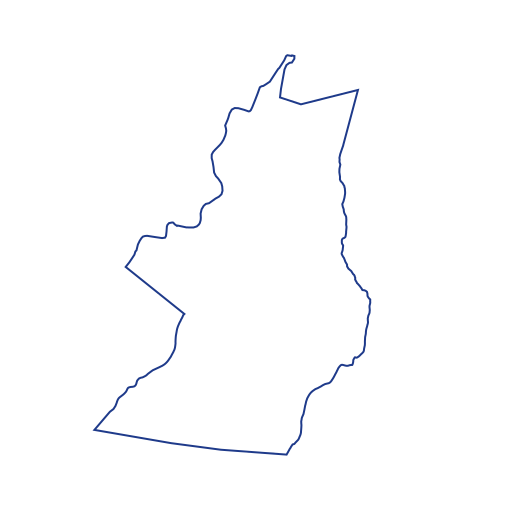 Delcer, Soufrière, Saint Lucia (Equal Earth projection), rotated 12°
{"feature_id": "8701671B85169170830121", "entity_name": "Delcer", "entity_type": "district", "adm_level": 2, "iso_a3": "LCA", "parent_name": "Saint Lucia", "parent_adm1": "Soufrière", "projection": "equal_earth", "projection_center": [-61.057, 13.802], "detail": "fine", "context": "isolated", "style": "outline", "palette": "blue", "viewbox_px": 512, "rotation_deg": 12, "n_neighbors": 0, "source": "geoboundaries", "source_scale": "gbopen_adm2", "svg_char_len": 6140}
<svg xmlns="http://www.w3.org/2000/svg" viewBox="0 0 512 512"><g transform="rotate(12 256 256)"><path d="M252.0,52.4L249.5,52.3L249.2,52.9L244.9,53.1L243.9,54.2L242.9,58.8L239.7,67.2L238.8,68.4L237.2,72.4L233.3,82.6L230.0,86.0L227.8,88.1L226.0,88.9L224.7,90.2L223.8,96.9L222.8,103.2L221.4,111.3L220.6,114.5L219.7,115.7L218.7,116.1L214.1,115.5L208.0,115.1L204.4,115.7L201.9,117.8L200.5,122.0L200.2,126.4L199.9,128.7L198.7,134.8L200.1,137.5L200.9,139.8L201.0,142.5L200.9,144.6L200.0,149.2L198.8,152.5L197.6,154.8L193.7,160.9L192.4,163.2L191.6,166.0L192.3,169.5L193.8,172.4L195.9,177.7L197.7,183.1L200.2,186.2L202.9,188.1L206.9,191.9L208.5,195.0L209.7,199.2L209.4,202.8L207.4,205.7L204.5,208.2L199.1,214.1L196.1,215.5L194.4,217.8L193.1,221.6L193.0,226.0L194.1,230.2L194.4,232.5L194.2,235.4L193.6,237.1L191.9,239.4L188.9,241.1L186.1,241.7L181.9,242.5L173.0,242.5L172.5,243.0L169.9,241.9L168.2,240.6L167.1,240.6L164.1,241.9L162.9,244.0L162.7,245.7L163.4,250.7L163.8,255.1L163.2,257.0L160.4,258.0L154.2,258.4L145.3,258.9L143.3,259.5L141.4,260.5L140.3,262.2L139.1,265.3L138.1,269.3L137.9,275.4L137.1,276.6L136.8,280.0L135.1,284.4L133.4,288.6L130.8,293.8L198.0,327.6L197.1,329.0L196.9,330.2L196.6,331.6L195.9,333.9L195.7,335.1L195.1,337.0L194.8,338.4L194.3,340.9L194.1,342.5L194.0,343.8L194.0,344.7L194.1,347.5L194.2,350.6L194.4,352.3L194.8,355.0L195.1,356.7L195.5,358.4L195.7,360.8L195.8,362.5L195.7,364.3L195.6,364.9L195.3,366.1L195.0,367.5L194.6,368.7L194.0,370.8L193.6,372.3L192.5,374.9L191.8,376.6L190.9,378.3L190.0,379.7L189.0,381.0L187.2,382.8L184.4,385.0L178.8,389.2L177.0,391.2L174.9,393.6L173.5,395.6L172.2,396.8L170.3,398.3L168.5,399.1L167.1,400.1L166.6,400.9L166.0,402.0L165.7,402.6L165.5,404.6L165.5,405.6L165.2,407.1L164.9,407.8L164.1,408.8L162.5,409.6L161.1,410.0L160.3,410.3L159.3,410.8L158.7,411.2L158.3,411.6L157.9,412.5L157.6,413.9L157.1,415.7L155.9,417.8L154.9,419.2L152.0,422.6L151.5,423.3L151.1,424.1L150.7,425.3L150.5,426.4L150.3,427.5L150.3,428.3L149.7,431.9L148.4,435.3L145.5,438.7L134.1,459.7L212.0,456.7L261.9,452.8L327.2,443.9L328.3,440.4L328.7,439.1L329.1,437.7L329.7,436.3L329.9,435.4L330.3,434.4L331.0,432.7L331.8,432.3L332.4,432.0L332.8,431.5L333.4,430.3L335.1,427.6L335.5,426.9L335.8,426.0L335.9,425.5L336.1,424.5L336.2,424.1L336.2,423.6L336.5,422.6L336.6,421.7L336.7,420.8L336.7,419.5L336.5,418.1L336.4,417.3L336.0,414.4L335.7,412.5L335.5,411.6L335.2,410.7L334.7,408.7L334.6,408.2L334.6,406.6L334.5,405.5L334.5,405.0L334.6,404.1L335.1,401.7L335.3,400.7L335.3,400.3L335.3,399.3L335.3,397.9L335.3,396.4L335.2,391.7L335.3,391.2L335.3,389.9L335.3,389.4L335.3,387.9L335.5,386.4L335.6,385.5L335.7,384.6L336.0,383.6L336.7,381.3L337.2,380.0L338.0,378.4L338.5,377.6L339.0,377.0L339.2,376.6L341.7,373.9L342.1,373.6L342.7,373.2L344.0,372.3L344.9,371.5L346.6,370.1L348.1,368.6L349.7,367.3L350.4,366.8L352.9,365.6L353.6,365.3L354.5,364.5L354.7,364.2L355.2,363.5L355.4,363.1L355.8,362.3L356.1,361.4L356.3,361.0L357.1,358.8L357.8,356.4L358.1,355.2L358.4,354.3L358.9,352.5L359.0,352.0L359.2,351.1L359.5,350.2L359.6,349.6L359.8,348.7L360.6,346.9L361.3,345.7L361.5,345.4L361.8,345.1L362.1,344.8L362.9,344.5L363.6,344.5L364.5,344.5L365.6,344.6L367.1,344.6L367.8,344.5L368.5,344.3L368.8,344.2L369.2,344.0L369.9,343.6L370.6,343.2L371.0,343.1L371.4,342.9L371.7,342.8L372.3,342.7L372.7,342.6L372.9,342.3L373.1,340.7L373.1,340.0L373.0,338.6L372.9,338.1L372.8,337.6L373.0,336.7L373.3,335.8L373.6,334.9L373.9,334.5L374.3,334.5L375.1,334.6L375.5,334.5L375.8,334.4L376.2,334.1L376.8,333.5L377.4,332.9L378.4,331.5L379.2,330.2L380.1,329.0L381.0,327.4L381.1,326.8L381.2,326.3L381.0,324.1L381.0,320.7L380.8,319.3L380.7,318.8L380.5,317.9L380.4,317.4L380.2,316.5L380.1,315.7L379.6,312.6L379.6,310.8L379.6,309.6L379.5,308.6L379.2,306.8L379.2,306.4L379.1,305.5L379.1,304.1L379.2,302.7L379.3,301.9L379.3,300.5L379.3,300.0L379.4,299.5L379.4,298.6L379.4,297.9L379.3,297.5L379.2,297.0L378.9,296.2L378.8,295.7L378.4,294.2L378.3,293.7L378.3,293.3L378.3,292.2L378.3,290.9L378.5,290.0L378.8,288.6L378.8,287.8L378.8,287.3L378.7,286.9L378.6,285.7L378.4,284.8L377.7,282.6L377.5,281.7L377.4,281.2L377.5,278.5L377.4,278.1L377.4,277.6L377.3,277.1L377.1,276.7L377.0,276.2L376.9,275.2L376.7,274.7L376.4,274.5L375.7,274.2L375.1,273.7L373.7,272.4L373.5,272.0L373.3,271.6L373.2,271.1L372.8,269.7L372.7,269.3L372.2,268.5L372.0,268.0L371.3,267.6L370.6,267.3L369.8,267.1L369.1,267.0L368.7,267.0L367.6,267.2L367.2,267.1L366.9,267.0L366.6,266.7L366.4,266.3L366.1,265.9L364.9,264.9L364.3,264.3L364.0,264.0L362.0,262.5L361.0,261.8L360.6,261.6L360.3,261.4L360.1,261.0L359.6,260.4L359.3,260.0L359.0,259.8L358.7,259.5L358.5,259.1L358.2,258.8L357.9,258.5L357.6,256.7L356.9,255.6L356.7,255.2L356.5,254.8L356.2,254.5L355.9,254.1L354.9,253.6L354.6,253.3L354.0,252.7L353.7,252.4L353.1,251.8L352.5,251.1L351.9,250.7L350.9,250.2L349.9,249.6L349.1,249.2L348.8,249.0L348.6,248.7L348.1,248.0L347.7,247.8L347.5,247.5L347.2,247.1L346.9,245.7L346.7,245.3L346.4,245.0L345.3,243.8L345.0,243.5L344.7,243.1L344.4,242.7L343.8,241.7L342.4,239.6L342.1,239.3L341.4,238.7L340.3,237.4L340.0,237.0L339.7,236.7L339.3,236.0L339.2,235.4L339.5,232.9L339.5,231.9L339.1,227.8L338.9,227.4L338.3,226.8L337.9,226.4L337.4,225.7L337.2,225.2L337.1,224.7L336.9,223.8L336.7,222.8L336.7,222.3L336.8,221.8L337.0,221.3L337.2,221.0L337.5,220.7L337.8,220.4L338.5,220.0L338.8,219.7L339.1,219.3L339.3,219.0L339.5,218.6L339.5,217.7L339.5,217.2L339.4,215.4L339.3,214.5L339.0,213.0L339.0,212.6L338.8,211.2L338.8,210.7L338.7,210.3L338.6,209.3L338.4,208.4L337.7,206.7L337.5,205.7L337.1,203.3L337.0,202.9L336.9,202.0L336.3,199.8L336.2,199.4L336.0,198.9L335.5,198.1L334.1,196.5L333.3,195.4L333.1,195.0L332.5,193.6L332.4,193.1L332.1,192.2L331.5,191.1L331.2,190.7L331.0,190.3L330.7,189.9L329.6,187.3L330.2,184.5L330.4,180.7L330.2,176.6L329.9,175.0L328.8,171.3L328.1,170.1L327.9,169.3L326.5,167.8L325.4,166.6L323.3,165.2L322.2,163.7L321.7,161.0L320.1,156.7L319.5,153.4L319.5,149.1L318.1,146.7L317.7,144.1L317.2,142.7L317.2,138.8L317.8,133.7L318.3,129.9L318.3,128.9L321.2,72.4L268.4,98.3L246.5,95.9L245.7,87.3L245.1,67.6L246.1,62.9L248.6,60.1L250.9,59.3L252.5,55.1L252.0,52.4Z" fill="none" stroke="#1e3a8a" stroke-width="2"/></g></svg>